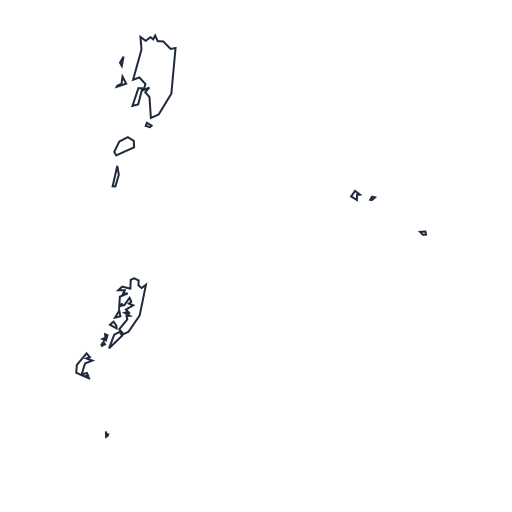 the district of Sumenep, Jawa Timur, Indonesia, rotated 99°
{"feature_id": "22746128B46307112426649", "entity_name": "Sumenep", "entity_type": "district", "adm_level": 2, "iso_a3": "IDN", "parent_name": "Indonesia", "parent_adm1": "Jawa Timur", "projection": "albers", "projection_center": [115.069, -6.151], "detail": "medium", "context": "isolated", "style": "outline", "palette": "slate", "viewbox_px": 512, "rotation_deg": 99, "n_neighbors": 0, "source": "geoboundaries", "source_scale": "gbopen_adm2", "svg_char_len": 1960}
<svg xmlns="http://www.w3.org/2000/svg" viewBox="0 0 512 512"><g transform="rotate(99 256 256)"><path d="M57.7,404.4L70.0,401.4L101.2,405.0L97.9,399.2L103.4,392.1L109.5,392.9L106.3,387.7L111.6,391.0L115.7,386.1L136.1,381.4L131.5,374.3L108.9,365.0L63.2,368.0L64.8,372.8L58.6,381.1L59.2,386.7L54.0,390.1L58.1,391.4L56.4,394.4L60.7,398.6L57.7,404.4ZM332.9,361.6L301.6,360.2L305.5,363.9L303.4,367.5L298.5,368.1L297.1,372.9L299.2,376.0L307.9,375.0L307.2,383.4L311.4,386.7L310.4,380.2L313.9,381.4L313.0,376.9L317.5,384.1L328.0,383.1L323.7,380.7L326.1,381.1L325.2,378.4L317.1,374.3L320.6,372.0L322.9,374.1L323.9,369.6L329.3,376.1L332.1,372.3L332.7,372.8L332.0,375.3L332.6,376.9L334.8,371.4L335.5,374.5L338.8,373.2L349.7,379.6L353.9,374.7L350.8,370.1L332.9,361.6ZM167.7,393.4L161.4,394.7L158.7,401.3L164.3,408.9L175.4,412.3L178.5,409.8L167.7,393.4ZM403.3,400.7L401.3,405.7L400.6,403.0L398.0,404.7L400.2,409.7L388.8,408.0L384.9,401.3L383.7,407.5L381.9,404.3L378.7,408.1L391.6,415.9L399.4,415.3L403.3,400.7ZM108.6,398.4L127.1,401.5L124.7,396.1L108.2,394.5L108.6,398.4ZM355.6,375.7L352.2,378.8L355.9,383.7L370.2,386.7L355.6,375.7ZM209.3,405.8L197.3,404.2L188.7,407.1L209.6,408.5L209.3,405.8ZM179.1,163.0L176.2,168.3L182.3,171.4L184.9,165.1L179.8,165.8L179.1,163.0ZM106.1,411.2L99.7,415.9L107.0,415.8L109.5,419.6L110.7,420.0L106.1,411.2ZM338.9,385.6L336.8,380.5L331.3,382.5L338.9,385.6ZM89.3,418.3L79.8,418.0L86.3,420.6L89.3,418.3ZM349.3,382.4L346.8,382.9L343.1,386.5L346.8,389.5L349.3,382.4ZM208.3,91.4L205.3,92.5L206.5,97.7L208.9,94.5L208.3,91.4ZM144.7,385.3L145.4,380.9L143.6,379.5L141.5,384.6L144.7,385.3ZM362.9,391.0L357.5,390.3L356.9,392.8L360.2,391.9L362.0,394.6L362.9,391.0ZM179.5,147.6L179.2,150.6L182.6,152.0L182.6,150.2L179.5,147.6ZM456.0,374.2L455.3,374.1L455.3,374.3L455.9,374.2L457.3,375.1L452.8,376.8L458.0,375.8L456.9,374.6L456.0,374.2ZM366.9,391.4L364.7,393.1L367.7,394.8L368.8,394.1L366.9,391.4Z" fill="none" stroke="#1e293b" stroke-width="2"/></g></svg>